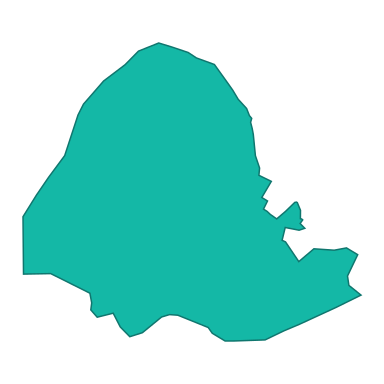 the district of Offa, Kwara, Nigeria
{"feature_id": "59680162B40988548898234", "entity_name": "Offa", "entity_type": "district", "adm_level": 2, "iso_a3": "NGA", "parent_name": "Nigeria", "parent_adm1": "Kwara", "projection": "mercator", "projection_center": [4.712, 8.17], "detail": "fine", "context": "isolated", "style": "filled", "palette": "teal", "viewbox_px": 384, "rotation_deg": 0, "n_neighbors": 0, "source": "geoboundaries", "source_scale": "gbopen_adm2", "svg_char_len": 1065}
<svg xmlns="http://www.w3.org/2000/svg" viewBox="0 0 384 384"><path d="M23.0,216.7L23.5,274.1L50.7,273.6L89.9,293.2L91.7,302.9L90.8,309.9L97.2,317.2L113.2,313.2L120.3,327.0L129.8,336.7L142.4,332.7L161.6,317.0L169.5,314.6L177.8,315.2L189.2,319.8L208.2,327.5L212.3,333.3L225.1,341.0L233.2,341.0L265.1,339.9L284.0,330.8L299.4,324.3L336.1,307.4L361.0,295.1L348.9,285.4L347.5,276.0L357.7,254.7L346.5,247.9L334.2,250.2L313.9,248.8L298.8,261.6L285.5,241.9L282.1,240.3L285.2,227.5L299.1,230.2L304.8,228.3L300.1,223.5L302.7,219.9L301.7,219.0L300.4,218.7L300.5,210.3L297.3,202.6L296.5,202.1L294.8,202.4L285.5,211.4L276.7,218.9L270.3,214.4L267.1,211.4L263.5,209.1L267.5,201.0L261.8,197.5L271.3,181.4L258.9,175.3L259.6,168.1L255.4,155.7L253.3,134.4L252.2,128.5L250.6,122.3L251.7,118.4L249.4,115.6L246.6,108.5L238.2,99.3L232.7,90.1L226.6,81.5L214.4,64.5L196.3,57.9L188.2,52.5L172.1,47.1L158.7,43.0L138.5,51.1L125.1,64.7L103.6,81.0L97.2,88.4L83.5,104.1L78.0,115.0L75.9,121.5L64.7,155.6L48.6,177.3L36.5,195.0L23.0,216.7Z" fill="#14b8a6" stroke="#0f766e" stroke-width="1.5"/></svg>